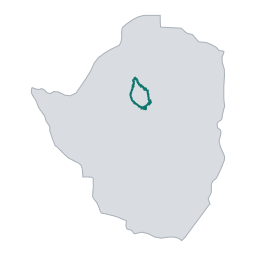 location of Sanyati, Mashonaland West, Zimbabwe
{"feature_id": "62879985B67434637878842", "entity_name": "Sanyati", "entity_type": "district", "adm_level": 2, "iso_a3": "ZWE", "parent_name": "Zimbabwe", "parent_adm1": "Mashonaland West", "projection": "equal_earth", "projection_center": [29.641, -17.974], "detail": "medium", "context": "in_parent", "style": "outline", "palette": "teal", "viewbox_px": 256, "rotation_deg": 0, "n_neighbors": 0, "source": "geoboundaries", "source_scale": "gbopen_adm2", "svg_char_len": 3763}
<svg xmlns="http://www.w3.org/2000/svg" viewBox="0 0 256 256"><path d="M181.7,240.6L179.5,238.8L176.5,237.5L172.6,237.0L167.6,237.2L161.4,238.2L154.8,237.0L147.7,233.5L141.8,232.2L134.8,233.7L134.5,233.8L133.3,232.6L131.3,230.0L128.1,229.6L127.3,228.9L126.5,228.0L126.1,226.8L125.9,225.4L126.4,221.2L126.1,220.7L125.3,220.2L123.5,219.7L119.3,217.7L113.9,215.9L105.3,213.8L102.0,213.3L101.2,212.7L100.2,211.1L98.5,206.2L97.0,203.0L93.2,198.0L92.6,196.5L92.8,192.5L93.0,189.3L93.4,186.6L93.2,184.0L93.2,180.9L93.3,178.8L92.8,177.9L91.4,177.2L87.6,176.9L82.9,177.0L82.7,173.8L82.3,168.9L81.4,166.0L80.3,164.5L78.2,162.9L73.8,160.8L67.9,157.6L62.8,152.8L57.0,146.8L55.2,145.8L53.0,140.2L49.7,130.6L49.9,127.4L49.3,125.8L46.1,121.1L45.4,118.6L44.8,116.2L39.7,109.2L38.0,106.2L36.7,102.3L35.3,99.2L34.2,98.0L32.8,95.8L31.7,93.4L31.3,91.6L31.6,89.2L32.1,87.6L36.9,89.3L39.6,89.4L41.6,88.6L44.2,89.7L47.2,92.9L50.5,93.5L54.1,91.5L58.9,92.1L65.0,95.2L70.0,95.8L76.0,93.1L81.3,85.4L86.3,78.1L91.3,69.8L94.2,63.0L98.6,57.5L104.4,53.2L110.3,49.6L119.3,45.3L121.1,41.6L121.7,37.7L121.6,32.2L122.1,28.6L123.0,27.0L124.5,25.7L126.5,24.0L132.4,19.9L137.4,17.2L143.5,15.4L150.1,15.4L156.5,15.4L160.2,15.4L160.2,20.7L160.5,26.6L161.2,27.2L166.0,27.3L173.7,27.8L181.2,28.2L185.9,32.5L187.5,33.4L192.4,34.6L198.7,41.8L206.3,42.5L211.5,44.7L216.1,47.2L218.7,50.1L220.4,50.8L222.7,51.0L223.9,51.3L223.6,53.4L222.0,57.1L222.2,62.2L224.3,69.4L224.5,75.6L223.8,86.6L223.8,97.2L224.0,101.0L224.3,103.5L224.7,104.9L224.6,106.5L223.3,110.9L222.3,115.6L222.2,117.5L221.8,118.8L221.1,120.0L217.8,122.1L217.2,123.5L217.2,125.9L217.6,127.9L218.8,128.7L220.3,129.8L220.9,131.3L220.9,132.9L220.4,135.9L219.0,140.8L220.3,146.5L221.8,150.1L223.8,154.3L224.6,157.0L224.5,158.8L224.2,160.6L221.1,168.4L218.9,173.2L216.2,178.3L212.6,181.5L211.7,183.1L211.3,184.8L211.4,188.7L211.2,192.7L208.2,198.8L210.0,204.2L209.6,204.6L208.6,205.4L204.2,211.4L199.8,217.4L196.5,221.8L192.8,226.8L188.7,232.4L185.2,237.2L181.7,240.6Z" fill="#d9dde1" stroke="#a8b0b8" stroke-width="1"/><path d="M147.8,90.6L147.0,90.5L146.2,89.9L146.0,89.1L145.7,89.3L145.5,89.6L144.9,89.7L145.0,89.1L144.9,88.9L145.0,88.3L144.9,88.3L144.6,88.4L144.4,88.3L144.0,89.0L143.7,88.7L143.5,87.6L143.2,87.2L143.2,86.9L142.7,86.6L142.5,86.9L142.0,86.7L141.4,85.4L140.8,85.1L140.4,85.9L140.2,85.5L140.0,85.3L139.8,84.8L139.6,84.6L139.1,84.6L138.8,83.5L138.3,83.3L138.4,82.8L138.2,82.4L137.7,82.3L137.4,81.8L137.4,80.9L137.5,80.6L137.2,80.0L136.5,79.7L136.7,79.4L136.6,79.1L136.1,79.3L135.9,78.8L135.7,78.9L135.3,78.8L135.0,77.9L134.4,78.3L134.4,78.8L133.6,80.0L133.1,80.3L133.3,81.1L133.5,81.1L133.9,81.6L133.8,82.6L133.9,82.8L133.6,83.3L133.9,84.1L133.6,84.6L132.9,85.0L132.9,85.5L132.7,85.8L132.9,86.2L133.3,86.2L133.5,86.4L133.2,86.9L132.8,87.0L132.5,87.3L132.4,89.1L131.9,89.6L131.9,90.3L131.5,91.1L131.2,92.1L130.8,92.8L131.0,93.1L130.6,93.5L130.7,94.2L130.5,94.4L130.4,95.0L130.6,95.5L131.0,97.4L131.4,97.8L131.4,98.1L131.6,98.4L131.5,98.7L132.1,100.3L133.2,101.5L134.0,101.7L134.3,103.2L135.1,103.0L136.0,104.0L136.3,104.0L136.8,104.4L137.4,104.7L137.7,105.1L138.6,105.7L138.9,106.4L139.5,106.3L139.7,106.8L139.9,106.9L140.3,106.7L140.9,106.8L141.2,107.0L141.3,107.4L141.4,107.2L141.8,107.3L141.8,107.6L142.3,107.7L142.4,108.0L142.5,107.9L142.9,107.9L143.2,108.2L143.5,108.1L144.3,108.4L144.3,108.7L144.5,108.6L145.0,109.1L145.6,109.3L145.9,109.1L146.1,107.4L144.7,106.5L145.6,106.2L147.3,104.7L148.3,103.4L149.1,104.4L149.8,103.6L149.0,102.5L149.4,102.0L150.2,103.1L150.9,102.3L150.1,101.1L150.4,100.7L150.3,100.4L149.2,100.7L148.6,99.2L148.7,97.6L148.2,96.1L148.2,95.2L148.4,94.7L148.1,94.4L148.2,94.1L148.0,93.9L147.9,93.0L147.6,92.7L147.7,92.3L147.5,91.2L147.8,90.9L147.8,90.6Z" fill="none" stroke="#0f766e" stroke-width="2"/></svg>